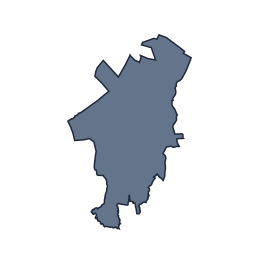 the district of Coatepec Harinas, México, Mexico, rotated 29°
{"feature_id": "50627088B96947768971669", "entity_name": "Coatepec Harinas", "entity_type": "district", "adm_level": 2, "iso_a3": "MEX", "parent_name": "Mexico", "parent_adm1": "México", "projection": "mercator", "projection_center": [-99.782, 18.94], "detail": "fine", "context": "isolated", "style": "filled", "palette": "slate", "viewbox_px": 256, "rotation_deg": 29, "n_neighbors": 0, "source": "geoboundaries", "source_scale": "gbopen_adm2", "svg_char_len": 5927}
<svg xmlns="http://www.w3.org/2000/svg" viewBox="0 0 256 256"><g transform="rotate(29 128 128)"><path d="M136.7,217.6L136.8,217.6L136.7,218.0L136.8,218.3L136.4,218.9L136.5,219.2L138.2,219.7L139.3,220.4L139.6,220.4L139.9,220.2L139.9,219.6L140.0,219.1L140.3,218.6L140.7,218.5L141.1,218.5L142.2,219.0L142.7,219.6L142.8,219.9L142.9,220.1L142.7,221.2L142.8,221.8L142.9,222.3L143.2,222.7L143.8,222.7L144.2,222.5L144.3,221.7L144.6,221.4L144.9,222.3L145.1,222.6L145.6,222.6L145.8,222.7L146.0,222.9L146.0,223.2L146.5,223.7L146.9,223.8L148.4,223.4L149.1,223.5L149.5,223.6L149.8,223.9L150.2,224.8L150.6,225.0L150.9,225.1L151.4,225.0L151.5,224.6L151.8,224.3L152.4,224.2L152.8,224.2L153.1,224.4L153.8,225.2L154.2,225.5L154.7,225.5L155.0,225.4L155.4,225.7L155.9,225.0L156.1,224.9L157.3,224.5L157.8,224.2L158.9,224.0L159.4,223.6L159.8,223.6L161.0,223.2L161.2,222.8L161.5,222.5L163.6,222.5L164.3,221.9L164.4,221.4L165.3,220.8L165.6,220.7L166.3,221.1L166.7,221.0L167.1,220.9L167.6,221.0L167.7,220.6L168.1,220.4L168.8,220.5L169.2,220.4L168.5,219.8L167.6,219.5L167.6,219.0L167.5,218.7L167.4,218.0L167.6,217.7L166.9,216.9L166.7,216.5L167.5,216.0L167.7,215.4L167.7,215.2L167.2,215.2L166.3,214.6L166.0,213.5L165.5,213.3L165.3,213.0L165.5,212.8L165.6,212.5L165.5,212.3L164.6,211.5L164.3,211.4L164.0,211.6L162.7,210.3L162.4,210.1L162.3,209.8L162.4,209.4L162.2,209.2L161.9,209.1L161.6,209.1L161.2,208.9L161.1,208.7L160.9,208.6L160.6,208.1L160.5,207.6L160.8,207.0L160.7,206.7L160.3,206.2L159.2,206.0L159.2,205.8L160.0,205.3L159.9,205.0L159.1,204.7L158.8,203.5L158.1,203.4L157.7,203.0L157.9,202.7L157.5,202.2L157.3,201.8L157.0,201.7L156.5,201.8L155.5,200.8L155.5,200.4L155.7,200.0L156.1,199.7L156.0,199.3L156.3,198.6L159.5,197.7L163.5,196.3L164.7,195.8L165.2,195.1L164.2,193.0L164.1,191.4L163.1,190.1L163.1,188.5L162.3,187.9L161.6,186.7L161.7,186.4L161.9,186.3L162.1,186.4L165.3,191.3L166.3,190.6L168.3,189.9L168.4,190.2L168.6,190.4L168.5,190.7L168.5,191.0L168.9,191.3L170.6,190.3L172.6,192.9L173.5,194.0L174.1,194.5L177.2,198.6L178.6,198.1L179.0,197.9L179.3,197.6L179.3,196.6L179.5,196.1L179.2,195.1L179.0,194.9L178.8,194.4L178.6,194.3L178.3,194.5L178.2,194.4L178.1,193.9L177.7,193.8L177.7,193.5L177.0,192.0L176.2,191.6L175.5,191.8L175.3,191.7L175.0,191.1L175.2,190.5L175.3,190.0L175.3,189.5L175.1,189.2L176.1,188.4L177.3,185.8L177.8,185.1L179.8,184.4L179.6,183.8L179.4,183.4L179.3,183.0L179.3,182.8L179.7,182.3L179.6,181.8L179.6,181.5L179.5,180.6L179.8,180.4L179.6,180.0L179.6,179.7L179.2,179.5L179.1,179.1L179.1,178.9L179.1,178.7L178.6,178.6L179.1,177.3L179.1,176.8L179.1,176.7L178.7,176.8L178.5,176.5L178.0,176.6L177.9,176.4L177.6,175.8L177.3,174.8L176.7,173.9L176.6,173.6L177.0,173.0L177.1,172.5L177.0,172.2L176.8,171.7L176.3,171.0L175.9,170.6L175.3,170.5L174.6,170.4L174.5,170.2L175.0,168.4L175.6,167.5L176.0,165.8L175.6,163.8L175.6,162.4L175.7,160.6L176.1,158.6L174.9,158.4L174.1,158.5L174.1,158.2L175.2,156.7L175.7,155.8L175.6,155.4L175.4,155.2L175.9,154.1L176.6,154.3L176.8,154.4L177.2,154.9L178.2,155.0L178.5,155.4L179.2,155.5L179.4,155.8L179.6,155.6L179.8,155.7L180.0,155.9L180.3,155.9L181.1,155.8L181.4,156.0L182.8,156.3L184.1,156.9L184.1,156.3L183.7,153.6L183.3,151.9L181.5,148.3L180.9,146.8L180.6,145.7L179.7,144.0L178.7,142.5L177.3,140.7L176.6,139.0L175.8,136.2L174.8,134.9L174.0,134.3L172.6,133.7L171.6,133.5L170.9,133.1L170.9,126.3L171.2,126.0L171.3,125.4L171.5,125.1L173.1,124.3L173.5,124.0L174.0,123.3L174.2,123.1L175.2,123.0L176.4,123.0L176.5,122.8L177.3,122.7L178.6,121.5L179.0,121.0L179.5,120.7L180.2,120.1L180.4,119.7L180.7,119.6L181.6,119.6L181.8,119.4L181.9,119.2L180.3,118.4L179.2,117.8L178.7,117.1L176.8,115.3L176.2,114.4L176.0,113.7L181.5,110.2L180.9,110.0L180.5,109.7L180.1,108.6L179.6,107.8L179.2,107.3L178.8,106.9L178.3,106.9L178.0,107.0L177.5,107.3L176.9,107.7L175.6,108.4L175.1,108.9L174.5,109.1L174.2,109.3L172.6,110.1L171.8,110.4L171.4,110.5L170.5,109.0L169.9,108.4L167.6,106.3L166.7,105.3L166.2,104.4L166.1,103.9L166.5,101.0L166.5,99.6L166.6,97.6L166.5,97.2L165.4,95.7L165.2,95.2L164.7,94.2L164.8,92.6L164.2,92.4L162.9,91.4L162.5,91.0L160.8,89.8L159.9,89.0L159.2,88.6L156.7,87.6L155.8,87.0L155.3,86.5L153.7,83.6L153.2,82.9L154.1,81.9L153.7,81.5L152.9,80.8L152.8,80.3L153.1,76.6L153.2,75.7L153.1,75.3L152.6,73.8L151.8,72.4L151.2,71.7L149.8,70.1L149.5,69.3L150.0,68.3L150.0,68.1L149.1,66.8L148.7,65.8L148.6,65.2L148.6,64.1L148.8,63.5L149.2,62.8L150.4,61.3L150.7,59.9L151.1,59.2L151.1,51.3L150.5,45.0L149.2,35.9L140.3,35.9L140.3,33.5L117.7,30.3L109.9,31.5L110.1,36.3L107.3,37.0L99.3,46.0L99.5,48.8L109.4,46.4L119.1,55.1L111.9,57.6L103.7,58.5L105.1,59.7L106.2,65.0L101.0,65.4L95.5,63.8L94.4,63.2L94.6,64.5L95.0,73.9L94.9,88.0L73.6,80.9L71.9,90.3L72.5,94.4L74.1,99.0L76.4,99.4L82.0,101.1L82.4,101.1L92.7,104.9L93.4,105.2L89.0,116.3L88.9,117.1L79.5,136.9L79.5,137.4L78.3,138.3L78.2,138.6L77.8,139.0L77.9,139.3L77.6,139.7L77.1,141.3L76.7,142.2L75.8,143.1L76.0,144.2L75.9,144.8L74.8,147.2L74.4,147.3L74.1,147.3L72.1,151.1L77.3,154.9L78.3,155.8L78.5,156.0L81.4,158.3L84.7,161.7L87.4,164.8L94.9,159.9L99.2,156.0L104.9,156.7L111.4,163.8L112.5,166.6L112.7,167.5L115.1,173.3L115.4,174.1L117.2,178.1L117.5,178.7L118.6,180.0L119.2,180.5L120.9,180.5L122.5,182.7L123.6,183.9L123.9,184.0L124.5,183.9L129.6,181.6L130.6,182.3L131.7,182.6L132.5,182.9L134.0,183.9L135.3,185.1L136.1,186.3L136.2,186.7L136.4,186.9L136.8,187.6L138.0,188.5L138.5,189.4L138.8,191.3L139.4,192.4L140.0,193.9L140.4,196.7L141.0,198.8L141.3,199.4L141.6,199.6L141.8,199.8L141.6,200.4L142.0,201.0L142.2,202.4L143.0,203.6L143.1,204.1L143.5,204.7L143.7,205.1L143.7,205.4L143.7,205.8L143.0,207.1L142.9,207.6L142.6,207.9L142.5,208.1L142.4,208.8L142.6,209.3L142.6,209.8L141.7,211.1L141.1,211.8L141.0,213.4L140.7,213.5L140.5,213.4L140.3,213.0L140.1,212.9L139.4,213.0L138.2,214.0L137.9,214.5L138.0,215.4L137.9,215.6L137.8,215.8L137.5,215.9L137.0,215.9L136.9,216.0L136.9,216.3L136.6,216.8L136.5,217.1L136.7,217.6Z" fill="#64748b" stroke="#1e293b" stroke-width="1.5"/></g></svg>